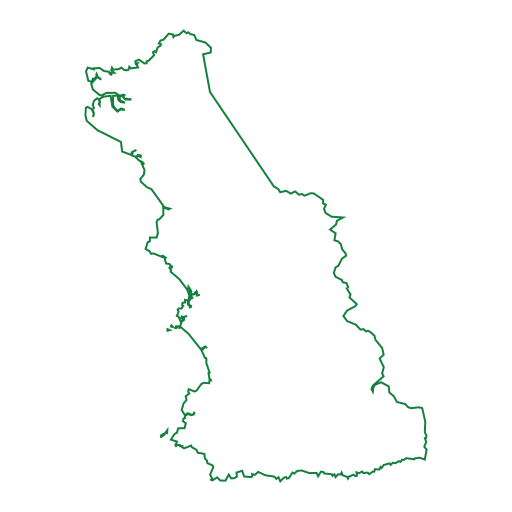 the district of Mariato, Veraguas, Panama
{"feature_id": "35544464B44926155348372", "entity_name": "Mariato", "entity_type": "district", "adm_level": 2, "iso_a3": "PAN", "parent_name": "Panama", "parent_adm1": "Veraguas", "projection": "mercator", "projection_center": [-80.871, 7.491], "detail": "fine", "context": "isolated", "style": "outline", "palette": "green", "viewbox_px": 512, "rotation_deg": 0, "n_neighbors": 0, "source": "geoboundaries", "source_scale": "gbopen_adm2", "svg_char_len": 5993}
<svg xmlns="http://www.w3.org/2000/svg" viewBox="0 0 512 512"><path d="M183.6,30.7L178.9,34.9L174.7,35.7L173.4,37.1L172.9,34.5L168.7,33.7L163.6,39.6L160.5,40.6L158.8,43.5L160.9,44.1L160.6,45.6L157.7,47.4L156.0,52.2L154.7,51.1L152.9,52.3L154.1,55.2L148.6,60.8L146.7,61.3L146.6,63.3L144.4,63.4L139.0,59.7L135.3,61.2L135.8,63.8L137.7,63.2L136.8,65.1L138.1,67.4L130.8,68.4L129.3,66.8L128.4,69.9L126.7,70.3L124.3,70.0L121.3,67.6L119.0,69.0L113.6,69.7L112.0,67.7L111.3,70.5L114.2,72.8L110.0,73.0L111.9,75.2L109.7,73.8L109.1,71.8L104.1,71.1L99.7,68.0L93.4,68.4L93.7,69.3L87.7,67.6L86.0,71.3L88.3,80.8L91.8,81.9L93.2,77.9L93.4,79.8L96.8,76.1L96.3,74.4L96.6,73.8L97.2,75.4L96.5,76.8L98.2,77.0L101.3,79.7L97.1,77.1L91.2,83.8L92.9,89.5L99.5,95.0L101.7,95.4L106.5,92.9L115.3,92.8L119.8,95.8L122.9,94.7L125.2,95.1L123.5,95.6L123.3,96.8L125.4,99.1L127.0,98.7L128.8,99.4L129.9,98.9L131.2,99.7L125.1,99.4L123.2,97.3L122.6,95.4L119.7,97.0L119.8,100.2L125.0,102.7L120.6,102.0L118.3,99.9L117.7,95.6L113.1,95.8L113.0,104.4L114.1,107.3L117.5,110.8L121.2,108.5L125.0,109.9L120.6,109.5L117.4,111.6L112.4,106.6L110.6,95.8L103.4,96.7L99.5,98.8L100.0,102.5L99.1,104.0L99.7,104.9L99.7,105.1L99.7,105.3L98.7,104.0L99.8,102.3L98.9,99.5L97.1,98.3L94.0,100.9L92.7,104.9L93.9,107.9L92.5,109.5L94.0,113.5L93.1,117.1L93.7,113.4L91.7,109.1L87.6,106.9L85.9,107.8L85.4,115.3L86.8,120.9L97.4,130.2L121.0,142.0L122.1,151.5L131.2,154.9L131.8,152.2L136.4,149.9L132.6,152.1L132.1,155.5L136.3,156.9L138.0,154.9L140.4,155.6L140.9,154.6L140.6,157.1L138.3,155.4L136.6,157.3L135.2,156.8L139.5,160.8L142.2,161.8L144.3,164.4L141.1,162.0L144.5,170.1L143.9,174.6L140.2,179.0L141.1,182.0L147.1,187.3L151.5,189.2L164.3,207.2L169.9,208.7L168.6,209.4L164.3,207.8L163.2,206.4L163.4,214.9L159.2,219.4L157.8,219.5L156.6,222.1L157.9,233.1L156.6,237.5L149.9,237.5L149.9,241.3L147.7,242.2L145.6,249.0L149.5,251.2L151.1,253.9L153.4,253.4L163.9,257.6L161.9,256.1L162.6,255.7L165.7,257.6L164.8,258.8L166.0,263.5L169.5,264.0L171.7,267.1L172.4,265.7L171.9,267.4L170.1,266.9L169.4,267.8L171.1,270.2L170.6,271.7L179.2,279.0L187.3,289.7L189.3,295.4L188.7,300.1L190.7,296.7L189.4,292.6L190.9,291.5L189.6,290.6L189.6,289.2L188.4,287.9L188.5,286.7L191.4,291.3L190.2,294.7L194.6,293.7L195.3,292.1L196.6,291.3L197.1,291.9L197.1,295.2L199.8,294.7L197.1,295.6L196.3,291.7L194.7,294.2L191.3,294.9L190.8,297.8L191.6,297.3L192.2,297.3L192.8,298.6L191.6,297.5L188.6,301.6L189.1,304.9L191.1,305.8L190.5,307.3L189.0,307.6L190.6,306.9L188.0,304.5L187.8,300.4L185.1,299.8L185.1,302.4L182.5,302.9L182.2,305.3L183.2,305.9L181.3,308.6L178.7,308.4L177.6,309.8L178.6,311.8L176.8,315.9L178.5,316.6L180.8,321.9L183.1,319.4L181.2,317.9L181.7,316.5L183.4,317.2L187.1,315.8L184.1,317.2L184.1,319.9L181.8,321.5L179.6,327.8L181.1,327.4L188.6,333.9L200.8,349.2L201.2,348.5L202.5,349.0L202.5,348.2L205.2,346.4L207.0,348.2L205.3,346.7L202.8,349.4L201.1,349.5L204.9,357.7L206.3,358.2L206.4,363.4L209.6,372.6L208.5,373.0L209.5,379.1L210.5,379.3L211.0,380.3L209.5,380.3L209.2,383.2L203.9,382.8L201.2,384.1L196.8,390.4L194.7,391.5L188.7,389.2L188.2,391.7L189.3,393.4L185.7,396.2L186.5,400.1L183.6,403.3L181.7,410.0L185.1,415.5L187.4,413.3L189.6,413.7L190.7,414.9L193.4,414.4L194.5,411.8L194.1,414.0L193.5,414.6L191.1,415.2L188.2,414.0L184.8,416.1L185.1,418.1L183.6,418.5L182.8,421.0L185.8,423.2L184.6,428.2L178.2,428.3L176.9,432.7L174.6,433.9L170.9,439.6L177.0,441.6L175.4,445.2L176.1,446.1L177.3,444.9L179.9,445.1L180.0,446.2L182.4,446.1L182.2,447.3L184.0,448.3L191.2,445.6L191.8,447.2L196.4,449.8L197.7,452.7L204.4,453.9L204.9,458.3L207.0,460.7L207.4,463.2L212.4,465.3L213.3,467.1L210.1,474.7L212.4,478.9L211.1,479.8L212.5,480.4L217.2,477.4L220.3,480.5L225.4,480.7L228.8,474.6L231.2,478.4L234.5,478.2L236.9,476.5L236.5,472.5L242.2,470.8L244.1,476.5L251.1,477.1L252.2,476.5L252.2,474.0L254.9,474.9L258.1,471.9L265.5,475.3L274.4,476.6L276.3,478.9L278.5,477.2L280.3,481.3L283.9,477.7L286.1,477.0L286.9,478.6L288.8,478.2L292.5,472.5L294.3,473.6L297.2,470.9L301.7,470.5L309.3,473.1L316.5,472.9L318.1,476.3L320.9,471.7L323.5,472.0L324.3,473.5L331.8,474.2L332.5,475.8L334.4,474.3L335.6,477.1L338.0,474.3L342.0,474.6L341.2,473.4L341.6,472.6L342.6,475.2L347.3,477.0L347.9,478.6L349.0,476.6L353.5,474.7L355.4,476.1L357.0,475.7L356.5,472.3L359.2,473.2L362.1,471.5L363.3,473.0L367.7,472.6L369.2,474.2L372.9,471.5L374.3,471.7L374.9,469.2L379.5,469.5L380.6,466.9L381.7,467.9L383.7,465.0L389.5,463.4L390.6,464.9L392.9,462.7L395.3,463.2L398.9,461.2L400.5,461.9L402.2,459.6L403.8,459.9L406.2,458.2L414.3,459.3L415.0,458.3L419.7,457.7L424.8,459.6L426.6,449.6L424.3,446.7L426.2,441.9L424.9,438.1L426.0,438.0L426.5,435.7L424.8,432.1L425.3,421.8L422.2,408.1L418.8,407.3L411.0,408.2L408.1,407.2L405.4,404.1L397.0,402.0L393.6,396.0L389.4,392.6L388.7,386.4L381.2,382.3L375.2,384.7L373.4,387.3L372.8,391.6L371.5,389.1L373.0,385.5L383.6,376.3L382.1,373.4L383.8,367.3L379.6,358.4L383.6,354.8L382.2,348.1L375.5,339.9L374.4,335.7L370.8,332.4L368.5,330.9L365.9,331.4L363.7,329.2L360.4,329.6L356.0,324.7L347.2,321.1L343.4,316.0L347.2,310.5L355.2,306.3L356.8,304.2L349.5,297.4L350.5,294.4L346.8,288.5L348.1,287.2L346.5,283.0L342.7,282.3L342.0,280.1L335.6,276.8L333.8,272.9L335.6,267.3L338.3,265.9L342.0,258.6L346.0,255.8L345.6,253.3L342.3,249.6L340.8,244.1L338.0,241.4L334.4,240.3L335.6,233.3L330.1,229.6L336.1,224.4L337.0,220.7L343.0,217.5L331.6,216.7L325.6,213.0L324.0,208.9L325.9,204.7L323.0,203.4L323.2,200.0L314.0,193.5L310.7,193.2L304.5,195.7L301.9,194.0L299.0,194.7L295.1,191.4L290.8,193.6L286.2,190.9L280.2,192.2L278.2,189.0L273.8,186.4L210.0,92.0L203.1,54.3L210.7,52.5L210.9,47.7L205.4,42.5L196.4,40.0L194.2,35.0L190.3,34.1L188.3,32.3L186.5,33.2L183.6,30.7ZM164.4,434.7L165.3,433.0L161.2,435.2L161.0,436.2L162.2,436.2L160.2,437.6L164.4,434.7ZM178.3,326.3L175.9,326.3L175.6,328.1L176.5,327.9L178.3,326.3ZM167.1,433.1L167.3,430.1L165.5,432.5L167.1,433.1ZM169.7,330.1L167.5,329.2L167.5,330.7L169.7,330.1ZM172.9,327.0L171.5,325.3L171.2,325.4L171.1,326.6L172.9,327.0Z" fill="none" stroke="#15803d" stroke-width="2"/></svg>